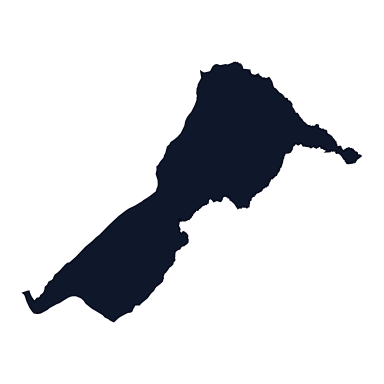 San Sebastian De Buenavista, Magdalena, Colombia (Natural Earth projection)
{"feature_id": "7082276B86885648349086", "entity_name": "San Sebastian De Buenavista", "entity_type": "district", "adm_level": 2, "iso_a3": "COL", "parent_name": "Colombia", "parent_adm1": "Magdalena", "projection": "natural_earth1", "projection_center": [-74.12, 9.349], "detail": "fine", "context": "isolated", "style": "filled", "palette": "ink", "viewbox_px": 384, "rotation_deg": 0, "n_neighbors": 0, "source": "geoboundaries", "source_scale": "gbopen_adm2", "svg_char_len": 6002}
<svg xmlns="http://www.w3.org/2000/svg" viewBox="0 0 384 384"><path d="M40.6,312.8L47.1,309.3L49.1,307.5L57.0,303.2L59.0,302.6L67.5,297.2L70.6,295.9L72.9,295.5L76.0,295.5L81.4,297.7L84.1,300.1L86.1,303.2L92.0,307.9L103.1,314.5L105.2,316.9L108.7,318.5L110.5,320.0L113.8,321.6L118.0,317.6L120.8,315.8L126.6,312.7L128.4,312.1L130.6,311.9L131.9,310.9L132.5,309.0L134.9,304.8L139.4,304.7L141.0,302.8L147.3,297.6L150.5,293.1L153.5,290.3L154.7,288.0L155.8,286.5L159.8,283.5L162.3,281.1L162.5,279.7L163.2,278.3L162.9,276.7L163.9,273.4L165.4,272.2L167.8,269.1L168.7,267.4L170.8,265.9L172.7,264.0L172.9,262.2L174.6,260.4L174.7,259.5L174.2,258.0L174.6,256.6L174.5,254.8L175.0,251.6L177.3,249.7L179.7,248.9L181.1,246.4L182.4,245.7L183.8,245.6L186.9,243.3L187.9,242.0L187.9,239.4L187.4,238.5L187.4,236.7L187.7,236.0L186.7,234.2L186.2,234.0L185.8,233.2L184.9,232.9L183.7,231.8L182.8,232.1L182.3,233.3L180.9,233.2L180.1,232.6L179.2,231.1L179.9,229.2L178.3,225.9L179.5,219.3L179.9,219.4L180.5,220.9L181.0,221.1L182.2,220.3L183.5,220.8L185.0,220.8L188.0,219.4L189.1,219.3L189.6,218.3L191.0,217.3L191.5,216.0L192.4,215.1L193.1,213.1L193.9,212.8L194.6,211.7L195.2,211.5L195.5,209.6L196.2,209.9L196.9,209.6L197.2,210.2L197.8,210.2L198.8,208.6L200.6,207.5L201.2,206.4L203.2,205.2L204.5,204.8L204.9,204.2L206.4,204.3L207.1,203.2L208.0,203.0L208.3,199.9L209.7,198.5L210.3,198.4L212.1,199.3L213.8,201.6L216.8,200.2L220.2,201.4L221.0,201.0L221.9,199.6L222.4,197.3L223.5,196.4L225.3,195.9L227.0,196.7L227.8,196.5L228.2,197.7L229.7,197.9L230.2,199.9L231.9,200.9L235.3,204.0L235.3,204.6L236.2,205.6L236.6,206.7L237.8,207.5L237.9,208.4L239.6,207.6L241.1,207.9L241.2,207.0L241.9,206.7L243.3,207.0L245.6,206.8L246.7,207.7L247.1,207.6L247.4,206.8L248.8,206.7L248.9,204.5L249.3,203.2L249.3,201.4L249.6,200.8L250.9,200.0L250.9,198.5L251.6,197.4L252.8,196.3L253.9,196.1L253.5,195.3L255.1,194.8L255.8,193.2L256.4,193.2L256.9,192.6L258.5,192.4L260.2,191.0L260.6,191.2L260.8,190.7L261.0,190.9L261.8,190.1L263.1,187.7L263.9,187.9L265.4,186.5L266.2,186.6L266.1,185.9L267.8,185.7L269.0,182.3L270.1,180.6L270.0,179.4L270.3,178.8L272.6,178.5L272.9,177.5L273.6,177.3L273.9,176.5L274.4,176.5L274.8,175.9L276.4,175.2L277.2,173.0L278.8,171.2L278.6,170.2L279.3,170.0L279.6,169.3L279.3,168.1L280.9,166.9L282.5,161.5L282.7,159.3L283.5,158.2L283.6,156.2L284.7,154.6L284.9,153.1L285.4,152.9L287.9,152.9L290.2,152.2L292.0,149.4L292.6,146.0L293.9,145.5L295.2,143.6L297.0,143.9L298.0,144.7L298.5,144.7L300.6,143.2L302.5,144.1L302.7,145.2L303.3,145.9L304.4,145.5L305.0,146.0L309.1,146.5L310.9,147.7L311.7,147.1L313.5,146.4L316.4,148.0L316.8,147.4L318.1,147.1L319.1,146.1L319.9,146.1L321.0,147.0L321.3,148.2L323.1,148.2L324.3,149.4L325.0,149.4L326.2,149.9L326.8,151.1L325.9,151.8L330.0,151.6L330.8,150.9L331.1,150.1L332.5,151.0L333.1,150.7L334.7,151.0L335.7,150.7L336.2,151.2L336.3,151.9L335.9,152.4L336.1,152.8L336.6,153.2L338.5,152.9L340.2,154.0L342.0,155.9L344.0,159.1L345.4,159.7L345.3,161.0L346.6,162.2L346.6,162.9L347.4,162.8L347.2,163.2L347.8,163.4L348.6,163.1L348.9,163.5L350.0,162.5L350.3,163.0L350.6,162.7L351.0,163.1L351.4,162.7L352.1,163.1L352.8,162.1L353.9,162.7L354.6,161.9L355.4,161.9L355.7,160.4L356.3,160.2L357.3,158.5L358.3,158.3L359.1,157.5L359.2,156.8L360.1,156.9L361.0,156.0L360.4,155.8L359.9,155.1L357.1,154.9L357.3,153.0L356.5,152.3L354.9,152.1L354.5,151.1L353.3,150.4L353.1,149.4L352.3,149.4L351.4,148.6L350.0,148.9L349.2,148.4L349.0,147.9L348.3,148.0L347.8,148.6L346.6,148.7L345.8,149.5L345.0,149.7L344.9,150.5L344.2,151.2L342.1,149.9L341.7,149.0L341.0,148.9L341.1,148.1L340.6,147.8L340.8,146.9L340.3,146.4L338.3,146.8L338.0,147.5L337.7,147.5L336.8,146.6L336.5,144.2L335.4,143.3L335.9,142.6L335.8,141.9L334.3,140.9L334.3,140.2L331.8,137.4L331.5,136.4L330.6,136.4L330.1,135.6L328.9,134.7L327.2,134.3L327.2,133.6L326.3,132.4L326.6,131.4L326.0,130.5L324.3,130.4L323.2,129.3L321.3,129.6L320.3,128.7L319.1,128.5L318.2,126.9L318.3,125.6L318.0,125.0L316.5,124.8L314.5,126.8L312.4,126.3L311.6,126.8L310.7,126.8L310.3,126.7L309.9,125.8L308.2,125.8L306.2,124.6L305.1,123.2L304.0,122.6L302.3,120.8L301.7,119.4L300.8,119.0L300.2,117.8L299.3,117.4L298.4,115.1L297.2,113.5L295.0,113.5L294.6,111.5L294.0,110.9L293.7,109.7L291.8,107.3L291.6,106.2L291.8,104.3L290.7,102.5L289.4,101.2L287.5,100.7L287.1,98.7L284.6,98.4L282.8,95.6L280.8,93.9L279.3,93.4L275.6,89.1L273.6,88.1L272.7,86.0L271.7,82.0L269.3,78.0L268.8,77.7L268.1,77.9L268.0,78.5L267.5,78.7L265.1,78.6L264.1,78.0L263.9,79.0L263.5,79.0L261.5,77.6L260.9,76.8L259.5,76.2L258.6,74.8L258.4,75.4L258.2,75.1L258.0,75.5L257.6,74.7L257.3,75.2L256.3,74.9L256.0,75.6L256.3,76.0L255.4,75.8L255.6,76.2L255.4,76.4L253.9,75.2L253.4,75.7L253.2,75.2L252.5,75.2L252.1,74.8L251.3,74.9L250.9,74.5L251.1,74.2L251.0,73.8L250.5,73.7L250.2,72.5L249.6,72.4L249.5,71.8L249.9,71.4L249.5,70.9L249.7,70.2L242.6,69.4L242.0,66.4L240.5,64.2L238.7,63.9L237.4,62.7L236.2,63.2L235.7,62.4L234.5,62.8L234.1,62.5L233.1,63.2L227.6,65.3L225.6,64.8L219.9,66.0L217.2,64.8L215.2,65.1L213.2,66.7L211.0,71.1L209.9,72.0L204.7,73.2L202.7,72.8L200.9,71.5L202.0,78.0L199.0,83.5L198.3,85.1L198.4,86.4L197.4,88.3L197.0,93.6L197.9,96.1L197.3,97.3L197.3,100.0L195.3,105.5L191.9,112.2L188.8,115.9L187.3,118.2L185.9,121.4L185.0,126.1L181.4,133.5L177.7,137.6L173.9,140.7L171.2,142.4L169.8,145.0L167.6,146.9L166.0,153.3L164.8,155.4L164.1,158.1L160.8,161.9L158.5,165.7L157.1,166.8L157.3,169.6L156.4,174.0L158.3,180.0L158.5,183.6L158.4,186.0L156.8,190.1L156.8,191.5L148.9,197.6L143.5,200.9L143.5,201.3L134.6,206.6L129.4,209.0L126.2,211.1L118.9,216.7L109.6,225.4L99.9,235.3L96.7,237.7L92.7,241.6L85.8,247.3L76.2,257.4L69.6,263.2L67.6,263.4L65.4,265.3L60.0,271.3L57.4,273.6L55.4,274.9L54.0,277.5L53.8,278.9L51.9,280.8L49.9,281.6L48.9,282.4L47.6,285.3L45.4,287.1L45.1,289.8L44.2,292.3L42.7,294.2L41.0,295.3L39.8,297.9L37.1,298.4L34.4,301.7L31.2,297.1L29.7,293.9L28.8,291.1L23.0,292.9L24.7,294.3L25.5,296.0L27.0,300.8L28.6,304.3L30.1,307.4L32.3,310.7L33.7,312.3L34.4,312.9L37.8,313.3L40.6,312.8Z" fill="#0f172a" stroke="#020617" stroke-width="1.5"/></svg>